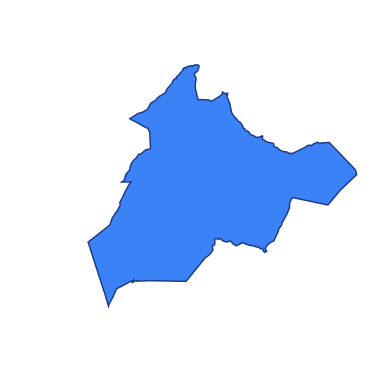 Tingambato, Michoacán, Mexico, rotated 49°
{"feature_id": "50627088B49103423158647", "entity_name": "Tingambato", "entity_type": "district", "adm_level": 2, "iso_a3": "MEX", "parent_name": "Mexico", "parent_adm1": "Michoacán", "projection": "equal_earth", "projection_center": [-101.844, 19.506], "detail": "fine", "context": "isolated", "style": "filled", "palette": "blue", "viewbox_px": 384, "rotation_deg": 49, "n_neighbors": 0, "source": "geoboundaries", "source_scale": "gbopen_adm2", "svg_char_len": 5908}
<svg xmlns="http://www.w3.org/2000/svg" viewBox="0 0 384 384"><g transform="rotate(49 192 192)"><path d="M250.7,221.1L250.7,219.3L249.8,215.4L249.5,214.2L248.5,213.8L246.9,212.6L245.9,211.8L245.8,211.7L246.1,210.9L246.6,210.7L246.8,210.4L246.6,209.7L246.5,209.4L246.4,209.1L245.5,208.2L244.5,207.5L243.9,206.8L243.3,206.4L242.9,206.0L242.7,205.9L242.5,204.8L243.3,204.4L243.4,203.9L243.6,203.5L243.9,203.5L244.3,203.4L244.8,203.5L244.9,203.3L244.9,203.0L245.3,202.4L245.4,201.3L246.1,201.0L248.3,201.0L249.3,200.4L250.0,200.4L250.3,200.2L252.8,198.2L253.3,197.4L253.4,196.8L253.4,196.2L253.6,195.6L254.0,195.2L255.4,195.2L255.6,194.9L256.2,194.7L256.6,194.8L256.8,195.0L257.1,195.2L257.5,195.2L257.9,195.0L258.9,194.7L259.3,194.4L260.4,194.4L261.2,194.2L261.6,193.9L262.7,189.8L263.1,188.6L262.9,187.4L268.8,184.3L268.9,184.2L270.3,183.4L270.3,183.2L270.6,183.0L270.8,182.6L271.2,182.4L271.6,182.3L271.9,182.1L272.4,181.5L273.6,180.4L275.1,179.8L275.6,179.5L276.1,178.9L276.9,178.5L277.2,178.2L277.6,177.9L279.2,177.8L279.4,177.7L279.8,177.5L280.4,176.8L280.6,176.3L280.9,175.8L281.2,175.9L281.6,176.1L282.4,176.7L283.6,176.9L285.2,176.8L285.8,174.7L285.4,174.5L285.3,174.9L283.0,174.0L283.1,173.7L282.3,172.8L282.0,172.1L281.9,171.2L281.6,170.9L281.4,169.7L281.4,169.2L281.6,167.8L281.5,166.7L282.6,162.2L281.6,160.3L281.1,159.1L279.8,156.3L278.8,153.8L278.1,152.5L276.9,150.8L276.3,148.8L276.1,147.5L275.7,146.1L274.7,144.7L274.1,143.6L273.5,142.3L273.2,140.8L273.0,140.3L272.2,138.6L271.9,137.4L271.1,135.2L270.6,134.0L270.0,132.9L269.4,131.9L268.3,129.4L267.1,128.2L266.0,126.9L265.8,126.8L265.6,126.7L265.5,126.8L265.2,126.6L264.9,126.4L264.2,125.2L264.0,124.7L263.8,124.4L263.8,124.0L263.7,123.8L263.4,123.4L262.9,122.3L262.5,121.4L262.4,119.9L262.3,119.6L290.9,98.0L287.9,78.7L286.9,56.3L282.6,54.1L244.7,55.9L242.5,58.7L242.0,59.5L240.9,60.7L240.7,61.0L240.2,61.9L240.0,62.6L239.9,62.6L239.5,62.7L239.4,62.9L238.9,64.2L237.5,64.2L237.2,64.4L236.5,65.1L236.4,65.5L236.5,66.0L236.4,66.2L236.0,66.9L235.5,68.6L235.3,69.7L235.2,71.3L235.1,71.6L235.0,71.8L234.8,72.1L234.0,72.3L233.5,73.1L233.2,73.3L232.9,74.1L232.8,75.0L232.7,75.5L232.4,75.8L232.5,76.0L232.8,76.5L232.6,76.8L228.8,91.2L228.6,91.2L228.2,91.3L228.1,91.5L228.0,91.8L227.9,92.0L227.7,92.2L227.3,92.5L227.1,92.7L226.9,93.0L226.5,93.3L225.6,93.5L224.1,94.2L222.8,95.2L222.2,95.9L221.8,96.3L220.0,97.3L219.2,97.7L218.7,97.8L217.8,98.3L216.7,98.5L216.1,98.3L215.9,98.3L215.0,98.6L214.0,98.8L213.6,99.0L212.2,100.2L211.9,100.4L211.7,100.4L211.1,100.2L210.8,100.0L210.6,99.6L209.5,98.9L209.0,98.7L208.4,98.8L208.2,98.9L208.0,99.5L207.5,99.9L206.8,100.2L206.1,100.6L205.6,101.0L205.3,101.4L204.8,101.6L202.9,102.8L202.4,103.0L200.5,103.3L199.3,104.0L199.0,104.3L198.9,104.3L198.6,104.0L198.1,103.9L197.6,103.6L196.2,102.0L195.8,102.1L195.6,102.2L195.5,102.4L195.4,103.7L195.3,104.0L194.7,105.1L194.2,106.2L193.8,106.4L193.7,106.5L193.7,107.0L193.0,107.6L192.8,107.7L191.7,107.8L186.5,110.3L186.1,110.3L185.7,110.0L185.1,109.7L184.3,109.7L183.2,110.1L182.9,110.1L181.9,110.4L180.7,111.1L180.4,111.3L180.1,111.3L179.1,110.8L178.9,110.8L178.7,111.1L178.1,111.2L175.8,110.7L173.3,110.0L173.0,110.1L170.7,110.0L169.6,110.5L168.5,110.6L167.9,110.6L167.0,110.4L164.9,110.5L164.1,110.6L161.3,110.6L159.8,110.4L157.8,109.8L156.7,109.3L155.0,108.3L151.0,106.0L149.4,105.3L147.7,104.6L146.8,104.3L145.8,103.8L143.9,103.5L143.4,103.5L142.6,102.7L142.5,102.3L142.4,102.1L141.8,101.6L140.9,100.4L140.8,100.7L140.8,101.1L140.6,100.9L140.3,101.1L139.8,101.6L139.6,102.0L139.6,102.5L136.7,103.3L137.2,103.7L137.4,104.0L137.6,104.7L138.0,106.6L138.1,107.3L138.0,108.0L136.9,114.4L136.6,117.3L135.5,118.0L133.2,119.3L130.6,122.0L126.1,126.8L120.4,123.8L115.7,121.3L113.4,119.3L111.7,117.7L109.9,115.2L108.5,114.2L105.1,113.3L104.3,112.7L104.2,110.7L104.3,108.4L103.4,106.5L102.3,104.8L101.2,103.8L100.4,104.0L99.6,104.6L99.3,104.9L98.8,105.4L98.7,105.9L97.9,106.5L97.8,107.4L97.7,108.5L97.2,108.7L96.6,109.1L96.1,109.9L95.9,111.0L95.2,111.5L94.6,112.6L94.1,114.0L94.0,114.8L94.0,115.6L93.6,115.8L93.1,117.0L93.2,118.0L93.4,118.4L93.8,118.7L94.1,119.2L94.1,119.9L94.6,124.2L95.0,124.7L95.2,125.3L95.0,125.8L94.9,126.3L94.9,127.5L95.0,128.4L95.3,129.0L96.1,129.4L95.7,129.9L95.3,130.6L95.3,131.8L95.4,133.0L95.8,133.9L96.9,136.0L97.3,138.7L97.4,139.9L97.8,142.8L98.5,144.8L99.1,145.9L99.6,146.5L99.7,147.2L99.1,149.6L99.1,150.2L99.1,150.9L99.0,151.3L98.5,153.4L98.5,154.5L98.5,155.4L98.3,156.3L98.4,156.9L98.7,157.5L98.7,158.0L98.9,158.8L98.8,159.8L98.7,160.8L98.3,162.8L98.0,164.7L98.6,167.0L99.1,168.0L99.7,168.9L100.4,172.4L100.0,173.8L99.6,174.9L99.5,176.0L99.5,176.9L98.4,178.9L97.4,181.0L95.9,190.8L97.9,190.3L100.0,189.3L105.6,187.2L109.7,185.8L113.1,184.5L114.6,183.8L115.4,183.5L119.5,184.9L120.1,185.5L129.6,192.9L131.9,194.7L131.6,196.1L131.0,197.3L130.0,198.5L129.7,200.9L129.8,206.0L129.2,206.4L128.6,207.7L129.2,209.5L129.7,211.7L129.7,215.6L130.3,217.0L130.4,218.3L131.6,220.7L132.2,221.6L133.0,223.1L134.7,224.9L134.7,227.2L135.3,228.6L135.3,229.3L135.1,229.8L135.1,230.2L136.4,231.0L136.5,231.3L136.2,231.9L136.3,232.3L137.3,232.6L137.6,233.6L138.7,236.2L138.4,238.4L144.3,231.6L144.9,233.7L145.3,235.2L148.0,242.5L150.5,247.9L152.3,252.8L153.0,253.6L154.8,254.9L157.2,260.6L157.3,261.6L157.4,262.6L158.8,267.2L159.3,269.2L161.2,272.5L163.0,275.5L161.7,303.3L208.1,323.1L211.4,324.4L223.3,329.9L222.1,328.0L219.2,320.0L218.6,318.8L218.2,318.3L215.6,312.5L219.1,297.3L219.3,297.0L219.4,296.0L220.4,296.2L221.2,296.5L221.4,295.6L221.3,294.8L221.2,294.7L220.6,295.0L220.4,295.0L220.3,294.9L220.3,294.5L220.5,294.0L220.4,293.8L220.7,294.0L221.0,294.0L221.3,293.9L221.5,294.0L221.6,293.5L222.5,292.4L222.8,292.2L222.9,292.4L223.4,292.0L223.5,291.8L223.6,291.5L223.5,291.0L223.4,290.9L223.6,290.7L223.8,290.7L225.4,289.4L225.7,289.0L226.8,287.5L230.8,282.5L255.5,255.1L250.3,225.2L250.7,221.1Z" fill="#3b82f6" stroke="#1e3a8a" stroke-width="1.5"/></g></svg>